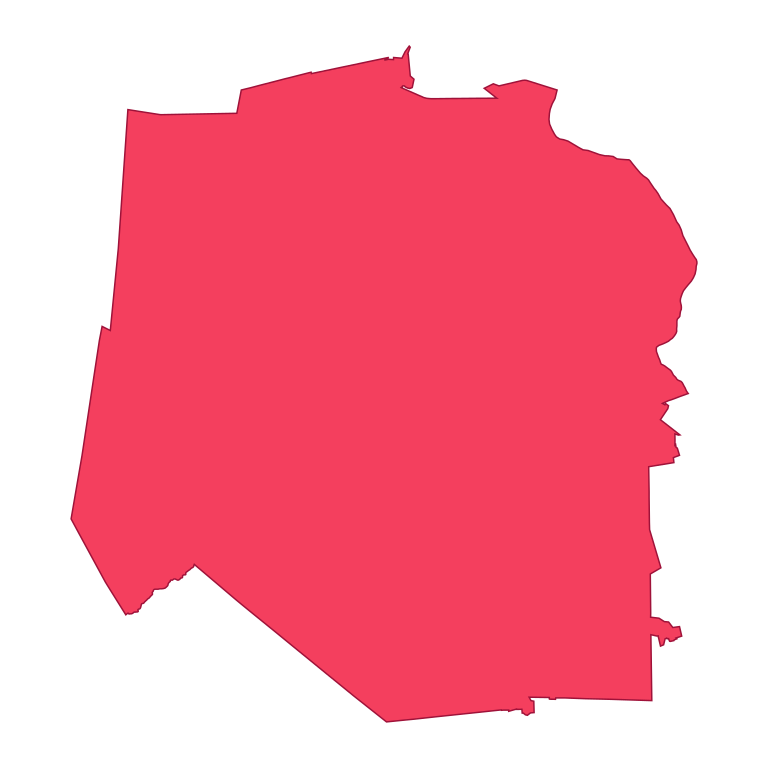 Mier, Tamaulipas, Mexico
{"feature_id": "50627088B19734737763323", "entity_name": "Mier", "entity_type": "district", "adm_level": 2, "iso_a3": "MEX", "parent_name": "Mexico", "parent_adm1": "Tamaulipas", "projection": "albers", "projection_center": [-99.247, 26.417], "detail": "fine", "context": "isolated", "style": "filled", "palette": "rose", "viewbox_px": 768, "rotation_deg": 0, "n_neighbors": 0, "source": "geoboundaries", "source_scale": "gbopen_adm2", "svg_char_len": 5987}
<svg xmlns="http://www.w3.org/2000/svg" viewBox="0 0 768 768"><path d="M110.1,589.7L125.8,614.8L126.4,614.3L127.4,613.5L127.6,613.3L128.2,613.3L128.5,613.3L128.8,613.6L129.0,614.0L129.9,613.9L130.5,613.8L131.4,613.8L132.0,613.6L132.7,613.3L133.4,612.7L133.8,612.3L134.4,612.1L135.4,612.1L136.1,612.0L137.0,612.0L137.3,611.9L137.8,611.8L138.2,611.4L138.2,610.9L138.0,610.3L137.8,610.0L138.0,609.7L138.2,609.4L138.6,609.1L139.4,609.0L139.9,608.7L140.4,608.0L140.7,607.2L140.9,606.4L141.1,605.6L141.2,605.1L141.4,604.2L141.7,603.8L142.2,603.5L142.8,603.5L143.6,603.2L144.1,602.7L144.7,601.8L145.3,601.4L145.7,600.9L146.2,600.5L146.6,600.2L146.9,599.8L147.5,599.1L148.0,598.7L148.8,598.3L149.4,597.7L149.9,597.2L150.3,596.5L151.0,595.9L151.9,595.0L152.3,594.6L152.5,594.2L152.5,593.9L152.3,593.2L152.2,592.7L152.3,592.2L152.7,591.9L153.1,591.4L153.4,590.2L154.2,589.4L155.1,589.2L156.0,589.2L156.7,589.2L158.0,589.2L159.0,589.0L159.8,588.8L160.7,588.8L161.7,588.8L162.4,588.7L163.3,588.6L164.4,588.3L165.1,588.1L165.7,587.6L166.3,587.1L167.3,586.1L167.6,585.8L167.9,585.2L168.0,584.8L168.2,583.8L168.4,583.3L168.8,582.8L169.2,582.3L169.8,581.8L170.1,581.6L170.3,581.3L170.3,580.6L170.6,580.2L170.9,580.2L171.2,580.1L171.6,580.1L172.2,580.1L172.5,580.1L173.0,579.7L173.3,579.4L173.7,579.1L174.3,579.0L174.8,579.0L175.3,579.0L175.8,579.3L176.0,579.4L176.4,579.5L176.7,579.7L177.0,579.9L177.3,580.0L177.6,580.1L178.3,580.1L178.9,579.8L179.6,579.5L180.0,579.1L180.2,578.6L180.6,578.2L181.0,578.0L181.7,578.0L182.1,577.8L182.4,577.5L182.5,577.2L182.6,576.9L182.6,576.6L182.5,576.3L182.5,575.9L182.6,575.6L183.0,575.3L183.5,575.0L184.0,574.8L184.5,574.9L185.3,574.8L185.7,574.6L185.8,574.3L185.8,573.7L185.7,573.4L185.8,572.9L186.0,572.5L186.2,572.2L186.5,572.0L187.0,571.7L187.7,571.2L188.0,570.9L188.6,570.4L189.0,570.2L189.5,569.9L189.8,569.7L190.2,569.3L190.8,568.7L191.3,568.2L191.7,568.0L192.1,567.8L192.5,567.6L193.0,567.3L193.4,566.8L193.7,566.4L193.8,565.6L193.9,565.2L194.2,564.7L194.3,564.4L235.8,599.6L241.1,604.0L250.5,611.7L277.2,633.4L298.2,650.6L310.7,660.8L326.7,673.9L353.7,695.9L357.6,699.0L386.5,721.9L405.3,720.0L413.7,719.2L434.8,716.9L479.7,712.2L501.3,709.9L501.4,710.3L503.4,710.1L508.7,710.1L508.7,711.3L516.4,709.1L516.4,709.4L521.9,709.3L522.2,713.1L523.3,713.1L525.4,714.8L527.4,715.3L530.5,712.9L534.1,712.6L533.8,701.2L531.0,700.6L529.1,697.2L549.3,697.5L549.3,698.9L549.8,699.2L555.5,699.3L555.8,697.9L564.4,697.9L585.5,698.7L610.9,699.3L636.3,700.1L651.8,700.6L650.9,637.2L650.9,634.7L656.6,636.0L658.2,635.9L658.2,636.7L658.6,638.0L660.5,646.1L663.6,644.8L665.1,638.8L666.3,638.3L666.7,638.1L666.9,638.7L667.3,638.8L668.6,638.6L668.7,639.2L669.6,641.2L670.3,641.4L673.9,640.6L674.2,639.9L676.8,638.8L676.0,638.0L681.7,636.1L679.5,626.6L672.8,627.5L668.6,622.0L664.3,621.6L659.0,618.2L650.6,617.2L650.7,613.3L650.3,574.0L660.9,567.8L649.6,529.7L649.4,522.6L649.1,497.0L649.1,491.6L648.8,473.1L648.7,466.7L673.9,462.6L673.4,457.6L679.5,455.3L677.3,448.1L676.1,447.4L675.7,445.0L674.9,446.4L675.0,439.8L674.9,434.0L678.4,435.1L679.9,434.9L660.4,419.7L667.8,408.7L668.5,405.7L665.5,403.5L664.9,404.8L662.4,403.4L668.6,400.6L671.2,399.8L674.5,398.6L679.4,396.7L688.2,393.5L687.8,393.0L686.4,390.9L685.1,387.9L684.0,386.0L683.2,384.4L682.2,382.6L681.0,381.4L679.6,380.8L678.3,380.3L676.9,379.3L675.8,377.5L673.4,375.1L672.3,373.0L671.4,371.3L670.2,370.0L667.8,368.3L664.8,366.0L662.7,364.8L661.3,364.3L660.6,362.8L659.7,359.9L658.5,357.3L657.2,353.6L656.5,351.8L656.3,349.6L656.3,348.2L656.6,347.1L657.6,346.4L658.9,345.4L660.8,344.7L662.9,343.9L666.0,342.5L668.5,341.2L670.4,339.6L672.3,338.3L673.7,336.7L675.1,334.8L676.1,333.1L676.7,331.4L676.6,328.8L676.9,325.8L676.9,323.2L676.9,320.9L677.3,319.3L677.8,318.6L679.0,317.4L679.8,316.3L680.1,313.8L680.5,311.3L681.3,309.3L681.4,307.1L681.2,305.2L680.7,303.3L680.3,301.0L680.5,298.7L681.3,296.1L682.3,293.3L683.5,290.7L685.7,287.8L688.0,285.0L691.4,281.0L693.4,277.7L695.1,273.9L696.0,269.6L696.2,266.3L696.9,263.6L696.9,261.9L696.3,259.6L694.9,257.7L692.5,254.0L690.2,250.2L687.8,245.3L685.1,240.0L682.9,235.6L681.2,229.8L679.1,225.1L676.7,221.8L673.5,214.7L670.0,208.5L666.3,204.9L663.4,201.7L661.0,199.0L658.1,193.7L655.8,190.4L654.1,188.4L650.4,182.9L648.5,179.9L646.7,178.2L643.3,175.9L640.4,173.2L635.8,167.8L632.5,163.7L630.2,160.7L629.0,159.8L626.5,159.7L620.9,159.3L617.0,158.9L615.4,157.9L613.2,156.5L608.7,155.9L605.0,155.8L599.5,154.6L588.1,150.5L582.9,149.8L578.4,147.3L568.0,141.1L563.6,139.7L559.7,139.0L556.3,136.8L554.5,134.2L551.8,129.2L549.6,124.1L549.0,119.4L549.4,113.6L550.2,109.2L552.2,103.8L555.0,98.5L557.1,90.0L526.6,80.4L524.7,80.2L522.5,80.4L499.0,85.9L493.3,83.8L484.2,88.3L496.8,98.2L477.7,98.3L467.0,98.4L455.9,98.5L455.7,98.5L453.0,98.5L443.7,98.6L435.2,98.7L433.1,98.7L431.3,98.7L429.8,98.6L428.7,98.5L427.5,98.4L426.2,98.2L425.2,97.9L424.3,97.7L423.4,97.4L422.2,96.8L417.5,94.8L401.1,87.6L401.3,87.4L401.6,87.3L401.8,87.1L402.0,87.0L402.3,87.0L402.5,86.8L402.5,86.5L402.4,86.2L402.5,86.0L402.8,85.9L403.1,85.9L403.3,85.8L403.6,85.8L403.9,85.8L404.2,85.9L404.4,86.0L404.7,86.1L404.8,86.4L404.9,86.6L405.1,86.8L405.4,86.9L405.6,87.0L405.9,87.2L406.0,87.4L406.3,87.5L406.6,87.5L406.8,87.6L407.1,87.7L407.2,87.9L407.5,88.0L407.8,88.1L408.0,88.1L408.3,88.2L408.6,88.2L408.9,88.2L409.1,88.4L409.3,88.4L409.6,88.5L409.9,88.4L410.1,88.3L410.4,88.3L410.7,88.2L410.9,88.0L411.2,87.9L411.4,87.9L411.7,87.8L411.9,87.6L412.2,87.5L412.3,87.3L414.0,79.2L410.3,76.0L410.1,74.3L408.2,54.1L407.7,53.9L410.2,47.2L409.2,46.1L405.1,51.7L401.9,58.2L393.6,57.5L393.5,59.6L388.5,59.3L384.3,60.2L388.8,57.4L368.6,61.6L342.4,67.1L311.4,73.6L311.1,72.2L288.3,78.0L285.3,78.7L277.7,80.7L260.2,85.2L250.8,87.7L245.4,89.0L245.0,89.1L241.3,90.0L236.8,113.3L161.1,114.7L159.8,114.6L139.9,111.5L127.9,109.6L124.1,164.6L120.9,211.3L118.3,248.6L110.3,330.5L102.1,326.4L99.4,340.4L95.0,369.3L82.0,455.7L77.9,479.4L71.1,518.9L78.5,532.6L105.4,582.1L110.1,589.7Z" fill="#f43f5e" stroke="#9f1239" stroke-width="1.5"/></svg>